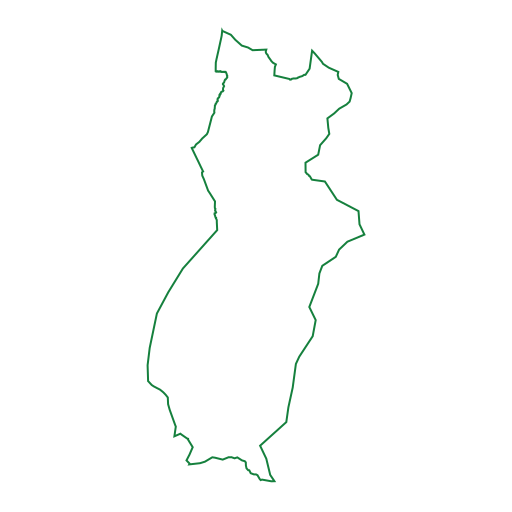 Bulgan, Hovd, Mongolia (Mercator projection)
{"feature_id": "93677404B6267126121439", "entity_name": "Bulgan", "entity_type": "district", "adm_level": 2, "iso_a3": "MNG", "parent_name": "Mongolia", "parent_adm1": "Hovd", "projection": "mercator", "projection_center": [91.063, 45.925], "detail": "fine", "context": "isolated", "style": "outline", "palette": "green", "viewbox_px": 512, "rotation_deg": 0, "n_neighbors": 0, "source": "geoboundaries", "source_scale": "gbopen_adm2", "svg_char_len": 5133}
<svg xmlns="http://www.w3.org/2000/svg" viewBox="0 0 512 512"><path d="M222.2,30.7L221.7,35.5L221.4,37.1L218.6,49.9L216.9,57.4L216.9,57.7L216.7,58.2L215.8,62.6L215.7,68.2L215.7,71.4L215.8,71.5L215.7,71.5L215.9,71.5L216.0,71.6L216.3,71.7L216.5,71.6L217.1,71.4L217.3,71.2L217.5,71.2L217.7,71.4L217.8,71.4L217.9,71.5L218.0,71.4L218.2,71.5L218.3,71.5L218.4,71.4L218.5,71.4L218.6,71.5L218.8,71.5L219.0,71.7L219.5,71.5L219.8,71.6L219.9,71.4L220.1,71.5L220.2,71.4L220.3,71.5L220.5,71.6L220.8,71.4L220.9,71.5L221.0,71.5L221.4,71.7L221.5,71.9L221.8,71.9L221.9,72.0L222.2,72.0L222.3,71.9L222.6,71.9L222.9,71.8L223.3,71.8L223.7,72.0L223.8,72.0L224.1,72.0L224.2,71.9L224.5,72.0L224.6,71.9L224.8,72.0L225.0,71.9L225.1,72.0L225.4,71.9L225.6,71.9L225.7,72.1L226.0,72.4L226.0,72.6L226.2,72.9L226.4,73.3L226.5,73.7L226.7,74.1L226.9,75.2L227.2,75.5L227.1,75.8L227.1,76.3L227.1,76.5L227.3,76.9L227.3,77.2L227.1,77.7L226.7,78.0L226.0,79.0L225.9,79.1L225.6,79.5L225.2,79.5L224.9,79.9L224.7,80.4L224.2,82.0L224.1,82.5L223.2,83.3L222.9,83.8L222.9,84.3L223.6,85.1L224.1,86.1L223.1,88.1L223.0,89.5L223.1,90.3L223.4,90.6L223.3,90.8L223.1,91.0L222.9,91.3L222.3,91.6L221.9,91.6L221.7,91.7L221.4,91.8L221.2,92.0L221.0,92.4L221.0,92.5L220.9,92.8L220.9,93.0L220.4,93.4L220.4,93.5L220.5,93.7L220.5,93.8L220.3,93.8L220.2,93.9L219.9,94.1L219.8,94.3L219.8,94.5L219.7,94.6L219.7,94.9L219.9,95.1L219.8,95.3L219.5,95.4L219.4,95.4L219.4,95.7L219.4,95.9L219.5,96.4L219.4,96.6L219.2,96.8L219.1,97.0L219.1,97.4L218.8,97.6L218.7,97.7L218.5,97.9L218.3,98.1L217.9,98.3L217.9,98.5L217.6,98.9L217.6,99.2L217.6,99.3L217.5,99.7L217.5,99.8L217.8,100.1L217.8,100.3L217.7,100.6L217.8,100.9L217.8,101.0L217.7,101.2L217.5,101.4L217.1,101.5L216.8,101.7L216.8,102.1L216.7,102.3L216.6,102.5L216.4,102.8L216.3,103.1L216.2,103.3L215.8,103.9L215.7,103.9L215.7,104.0L215.7,104.3L215.6,104.5L215.3,105.0L215.1,105.1L214.9,105.4L214.9,105.9L214.9,106.5L214.8,107.1L214.7,108.8L214.5,109.2L214.3,110.0L214.3,110.9L214.2,111.1L214.4,112.7L211.9,116.5L211.2,119.3L207.9,132.1L207.4,133.1L207.0,134.0L206.7,134.4L202.2,138.5L200.7,140.3L200.3,140.7L199.9,141.2L199.6,141.6L199.3,141.9L197.0,143.7L196.0,144.5L194.4,147.3L192.6,147.6L192.3,147.7L192.1,147.7L191.7,147.9L197.0,158.9L198.0,160.9L200.9,167.0L201.1,167.4L203.1,171.5L202.5,171.8L202.4,171.9L202.0,172.5L202.2,175.0L202.3,175.7L203.9,179.2L208.1,190.6L210.1,193.6L210.9,194.9L215.0,201.4L214.8,206.9L214.9,208.1L215.4,208.8L215.3,209.1L215.2,209.2L215.2,209.5L215.2,209.9L215.3,210.1L215.2,210.4L215.1,210.5L215.2,210.9L215.3,211.0L215.6,211.4L215.8,211.8L216.1,212.3L215.9,212.5L215.7,213.0L215.4,213.2L215.0,213.2L214.6,213.3L214.5,214.1L214.5,214.3L214.6,214.5L214.8,215.1L215.0,215.3L215.1,215.5L215.1,215.9L215.1,216.1L215.2,216.3L215.3,216.5L215.4,216.9L215.5,217.2L215.5,217.3L215.7,217.5L215.8,218.0L216.1,218.0L216.1,218.4L216.1,218.6L216.2,218.8L216.4,219.2L216.5,219.4L216.6,219.6L216.7,219.8L216.7,220.1L216.8,220.5L216.8,222.2L217.2,230.1L200.4,248.9L182.9,268.5L168.3,292.2L156.9,313.5L149.7,347.9L147.6,365.2L148.1,381.1L151.7,385.0L153.8,386.4L156.1,387.6L156.8,388.0L158.6,388.9L160.1,389.7L162.7,391.8L163.6,392.6L165.7,394.8L167.8,397.5L168.1,404.2L169.7,409.8L175.2,425.1L175.8,426.6L174.4,436.3L180.4,433.7L181.1,434.3L187.1,438.5L188.1,438.8L188.1,439.2L188.0,439.5L192.7,447.2L189.5,454.6L186.5,460.4L189.7,463.7L189.3,464.4L200.0,463.2L204.9,461.7L212.3,457.3L215.0,457.7L222.7,459.6L228.7,457.2L229.8,457.3L231.4,457.2L234.6,458.3L237.3,457.4L242.0,460.4L244.8,461.2L245.8,462.4L245.9,465.5L246.5,468.3L248.2,470.2L249.3,470.3L250.7,473.2L253.9,474.4L256.0,474.4L257.5,475.2L259.7,479.0L260.7,480.1L262.0,479.6L271.4,481.3L274.4,481.2L273.7,480.1L270.2,474.9L266.3,458.7L260.1,445.7L286.3,422.1L288.4,407.3L292.7,387.6L295.9,363.9L299.3,356.6L312.7,336.2L315.7,320.1L309.3,307.0L318.2,283.8L319.4,273.4L322.3,265.8L335.8,256.8L339.1,249.6L347.4,241.7L364.4,234.6L359.5,224.3L358.5,211.1L336.9,199.8L324.9,181.5L312.0,179.7L311.2,178.7L311.0,178.2L310.5,177.4L310.1,176.6L309.8,176.2L309.2,176.0L308.9,175.6L308.6,174.9L307.9,174.4L307.2,174.1L306.7,173.5L306.4,173.0L305.9,172.6L305.6,172.2L305.5,162.7L318.2,154.7L320.1,145.2L326.2,138.3L329.3,133.9L328.3,127.9L327.4,118.4L334.2,113.4L339.2,108.7L346.5,104.5L349.6,101.6L350.6,98.1L351.7,93.1L347.1,83.8L338.8,78.9L337.7,74.9L338.3,71.9L328.8,67.7L323.0,63.8L321.9,61.9L314.6,53.3L312.1,50.7L309.6,68.7L305.5,74.8L305.2,74.9L304.9,74.9L304.6,74.8L304.2,74.8L303.1,75.5L302.9,75.7L302.6,75.9L302.0,76.2L301.2,76.4L300.7,76.6L300.1,76.7L299.8,76.8L299.3,77.1L298.2,77.4L298.1,77.6L297.6,78.0L296.8,78.3L296.2,78.3L295.4,78.5L294.8,78.5L293.8,78.4L293.1,78.6L292.6,78.7L292.2,78.7L291.9,78.8L291.6,79.0L291.4,79.3L291.1,79.5L290.5,79.5L290.4,79.6L290.1,79.7L289.9,79.5L289.8,79.2L289.5,79.0L274.3,75.4L274.6,70.4L274.9,66.9L275.9,64.4L274.2,63.5L273.4,62.9L272.8,62.7L272.7,62.5L271.2,60.9L270.6,59.9L269.8,58.8L268.5,57.0L268.2,56.3L267.8,55.4L267.6,54.9L267.4,54.6L266.9,54.2L266.7,54.0L266.1,53.1L265.8,52.2L265.8,51.4L266.3,49.6L252.6,50.2L248.0,47.5L241.8,45.6L235.3,39.8L230.9,34.8L222.3,30.9L222.2,30.7Z" fill="none" stroke="#15803d" stroke-width="2"/></svg>